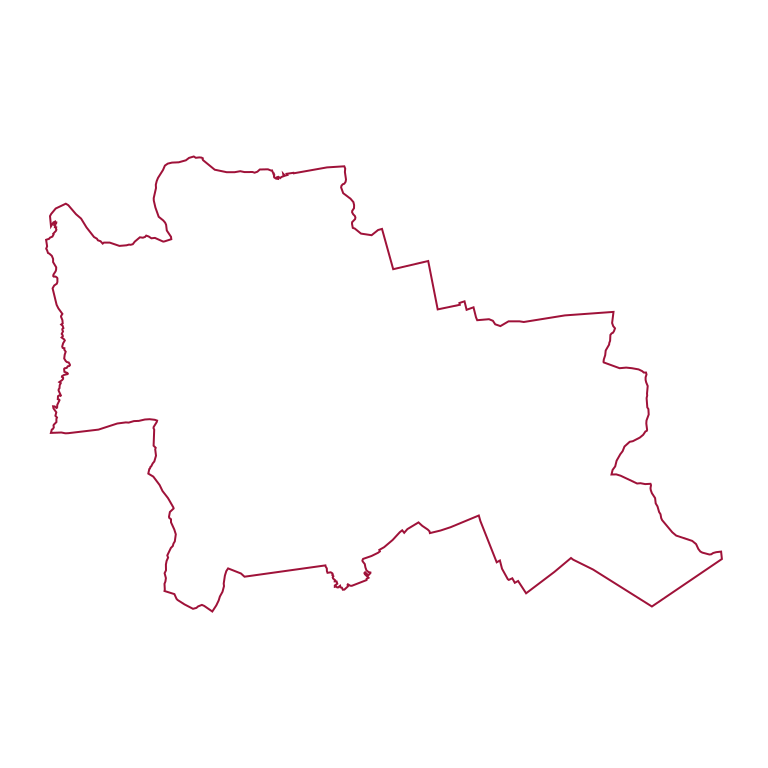 outline of Tatarani, Dâmbovita, Romania
{"feature_id": "2599482B54832396479791", "entity_name": "Tatarani", "entity_type": "district", "adm_level": 2, "iso_a3": "ROU", "parent_name": "Romania", "parent_adm1": "Dâmbovita", "projection": "albers", "projection_center": [25.253, 44.999], "detail": "fine", "context": "isolated", "style": "outline", "palette": "rose", "viewbox_px": 768, "rotation_deg": 0, "n_neighbors": 0, "source": "geoboundaries", "source_scale": "gbopen_adm2", "svg_char_len": 5979}
<svg xmlns="http://www.w3.org/2000/svg" viewBox="0 0 768 768"><path d="M721.9,559.0L721.1,551.6L716.1,552.2L713.2,553.0L711.2,554.3L709.4,554.5L702.3,552.6L700.3,551.5L698.3,548.9L696.1,544.1L692.2,540.9L676.2,535.6L672.3,532.3L662.1,520.1L661.2,518.1L660.5,514.2L659.1,512.0L657.5,506.4L655.7,503.4L655.1,498.1L651.9,493.2L650.8,490.2L650.5,488.2L651.0,485.1L650.5,483.8L645.2,484.1L640.5,483.2L637.1,483.5L620.6,475.7L616.3,474.4L611.5,474.5L612.6,469.9L615.2,466.4L616.6,460.7L620.3,454.2L622.6,451.2L624.5,446.5L629.7,441.8L632.8,441.2L639.8,437.6L643.2,434.8L645.4,431.5L646.8,430.8L647.1,429.9L646.3,423.5L646.5,420.5L648.7,414.5L648.4,409.1L647.3,407.4L646.6,398.1L647.2,395.4L647.0,393.7L647.7,386.0L646.2,382.4L645.6,379.9L645.6,377.3L646.5,374.5L646.0,372.5L643.7,372.5L642.3,371.2L638.6,369.4L631.9,368.2L626.2,367.6L619.6,368.2L603.7,362.4L603.5,361.9L603.8,359.5L605.2,355.2L605.7,350.5L609.1,344.6L609.3,342.9L610.1,340.8L610.4,334.9L611.7,333.3L612.9,332.8L614.0,331.1L615.0,328.3L613.2,326.1L612.1,323.0L613.5,311.9L564.9,315.4L523.8,322.0L519.3,321.3L508.6,321.3L500.4,326.1L495.2,324.3L492.9,320.8L489.0,319.2L477.2,320.2L476.0,317.3L473.5,307.3L466.6,309.8L464.5,301.3L459.4,303.0L459.8,304.8L437.7,309.4L428.2,261.0L393.2,269.2L382.0,228.9L378.1,230.0L371.6,235.2L361.0,233.6L354.7,228.5L352.8,227.9L352.0,223.8L352.1,222.2L355.1,219.1L355.4,217.4L354.8,215.9L353.2,214.3L352.1,212.3L352.2,210.9L354.0,208.2L354.1,205.1L353.4,202.1L350.6,198.8L343.2,193.2L341.1,187.4L341.5,185.7L342.7,184.3L344.3,183.7L345.6,181.8L346.0,179.5L344.9,172.0L345.2,168.6L344.3,166.3L327.0,167.4L296.0,172.9L293.7,173.3L293.5,172.8L286.7,173.8L287.4,175.0L284.9,175.7L283.2,173.8L283.6,176.2L281.4,177.0L280.2,178.1L278.3,176.8L277.2,177.2L277.8,177.8L278.0,178.9L276.0,178.6L274.2,177.4L273.9,175.8L274.3,175.0L273.6,174.3L273.8,173.5L273.3,173.4L272.0,170.4L271.2,170.6L267.9,169.3L259.8,169.5L257.4,171.7L254.6,172.7L252.5,172.0L244.6,172.1L240.3,171.2L234.6,172.2L226.7,172.2L214.7,169.7L203.1,160.2L202.6,159.2L202.8,158.3L201.5,157.6L199.2,157.4L195.8,157.8L193.8,156.5L189.0,157.9L185.9,160.3L178.7,162.3L172.0,162.6L167.8,163.6L164.9,165.6L163.0,170.0L158.0,177.9L156.7,181.1L155.8,184.8L156.0,188.0L153.7,198.2L153.8,200.6L155.4,207.5L158.7,216.8L163.2,220.4L165.1,222.6L166.1,224.8L166.8,230.5L171.0,236.8L171.3,239.2L164.5,241.4L163.2,241.6L154.9,237.9L151.4,238.3L148.7,236.5L146.2,235.6L145.1,236.9L142.9,237.7L139.9,237.3L134.8,241.6L132.8,244.2L130.6,244.8L129.0,244.6L126.5,245.3L119.4,245.9L109.7,242.6L103.9,242.6L102.7,243.6L100.5,241.2L97.9,240.3L96.9,238.7L94.0,237.0L86.5,227.4L81.1,218.6L76.0,214.2L68.3,205.2L65.8,203.7L55.7,208.5L51.2,213.9L50.0,216.1L51.0,226.3L53.4,222.4L55.2,221.5L55.4,222.2L56.3,222.4L56.2,223.0L55.3,223.0L54.8,223.6L53.9,223.2L54.4,223.8L54.3,224.8L55.5,224.4L54.9,227.2L56.2,227.3L56.0,228.9L56.4,229.7L55.9,230.9L53.2,233.8L53.6,234.4L52.4,236.6L49.9,237.7L49.1,238.8L46.1,239.8L47.1,246.3L46.2,248.7L47.1,250.3L48.0,253.0L49.3,253.6L51.8,255.8L53.1,258.9L53.1,262.1L56.2,267.3L56.1,269.7L55.6,271.3L53.5,274.5L53.2,276.0L53.7,276.6L55.6,276.6L57.1,277.7L57.4,278.3L57.4,281.9L56.8,283.7L54.2,285.5L52.6,288.3L56.6,304.8L58.4,308.4L62.4,313.9L61.2,315.8L61.0,316.7L62.4,320.1L62.7,323.4L61.2,324.5L62.6,325.7L63.4,328.1L62.4,328.9L62.3,329.7L63.0,331.4L61.7,333.9L62.7,335.3L62.8,336.3L61.6,337.5L64.2,339.4L64.8,340.5L63.1,343.3L62.2,346.5L62.7,347.9L64.4,348.2L64.3,349.7L65.7,351.7L64.7,354.7L64.2,358.5L65.7,361.0L66.8,362.0L68.7,362.5L69.9,364.6L69.9,365.3L69.2,366.0L67.7,366.3L66.7,367.9L64.6,368.3L64.1,369.0L64.4,371.8L67.2,372.9L67.8,373.5L67.6,374.1L64.1,374.9L62.0,376.2L61.9,376.9L63.1,377.7L63.1,378.9L62.0,380.2L59.3,382.1L60.8,383.1L59.7,385.2L59.5,388.2L58.7,389.3L58.6,390.6L60.9,395.5L60.5,395.9L59.2,395.4L58.0,396.2L57.8,399.2L59.3,399.7L59.5,400.2L57.3,404.8L57.1,407.6L56.5,408.0L54.7,406.4L53.1,406.3L53.5,408.4L56.3,412.3L55.4,415.8L57.0,417.5L56.4,418.9L56.4,422.1L53.8,424.7L53.5,425.5L53.8,427.3L53.1,428.7L51.8,429.6L50.9,432.9L61.4,432.5L65.3,433.3L68.1,433.2L98.5,429.6L117.3,423.5L125.8,422.4L128.7,422.6L133.9,421.1L138.8,420.9L144.9,419.5L149.6,419.2L154.8,419.8L157.1,420.6L156.7,422.1L153.7,426.9L153.5,428.1L154.2,429.6L153.6,445.7L155.7,447.8L155.2,449.3L156.0,455.7L154.3,461.5L152.7,463.4L151.2,466.4L150.5,466.8L149.9,468.6L149.3,469.0L148.3,473.6L153.3,476.6L159.6,485.0L162.5,491.0L168.0,498.1L173.4,507.5L173.6,508.5L169.9,512.0L169.0,516.7L169.2,517.8L171.0,519.3L171.0,522.3L174.3,529.5L175.8,534.3L174.8,541.4L173.5,543.5L172.8,546.0L170.9,547.9L167.3,555.4L168.1,557.6L166.6,560.9L165.9,564.6L166.0,570.3L164.6,573.2L165.9,578.1L165.4,581.5L164.5,583.8L164.8,589.4L164.5,591.0L174.4,594.1L176.5,598.8L177.6,600.0L184.5,604.4L193.0,608.8L196.4,607.9L198.1,606.4L201.9,604.9L204.2,605.9L212.3,611.5L216.3,605.4L218.7,600.4L219.9,596.5L222.5,591.8L224.0,586.1L223.7,583.6L224.9,575.6L226.3,571.1L228.1,568.4L241.0,573.5L244.5,576.7L325.4,565.4L325.6,566.5L326.8,568.4L326.9,571.1L327.5,572.8L330.7,572.3L332.3,573.3L332.8,574.3L332.3,575.0L333.4,576.2L332.7,577.3L333.1,578.5L335.3,580.4L335.4,580.8L334.8,580.7L334.7,581.4L336.6,581.5L337.3,583.7L334.8,585.5L334.8,586.8L336.2,586.5L337.0,587.3L338.0,587.5L340.1,585.8L340.5,587.4L341.9,587.7L342.8,589.7L344.4,589.6L347.9,586.4L347.6,584.7L347.9,584.3L350.1,585.7L351.8,585.8L366.5,580.1L366.6,578.9L368.5,577.8L364.9,574.2L364.4,573.1L365.1,572.3L368.3,575.3L370.4,573.1L370.4,572.5L368.6,572.1L366.5,570.4L365.4,567.4L364.8,564.1L362.6,561.3L362.4,560.4L363.1,558.9L371.5,556.0L378.0,552.8L379.9,551.4L379.3,549.9L384.1,547.2L392.6,540.0L399.8,532.2L402.2,530.3L404.2,532.8L407.4,529.1L418.5,522.4L422.2,525.8L427.8,529.6L429.5,531.3L429.9,533.1L440.6,530.5L450.6,527.2L478.8,515.5L480.4,521.1L496.7,562.3L499.9,560.5L502.0,568.7L507.8,579.2L508.8,579.9L512.3,578.3L514.8,582.8L518.1,581.0L526.1,593.3L554.4,571.9L571.0,558.0L573.2,559.7L593.0,569.5L651.9,606.5L721.9,559.0Z" fill="none" stroke="#9f1239" stroke-width="2"/></svg>